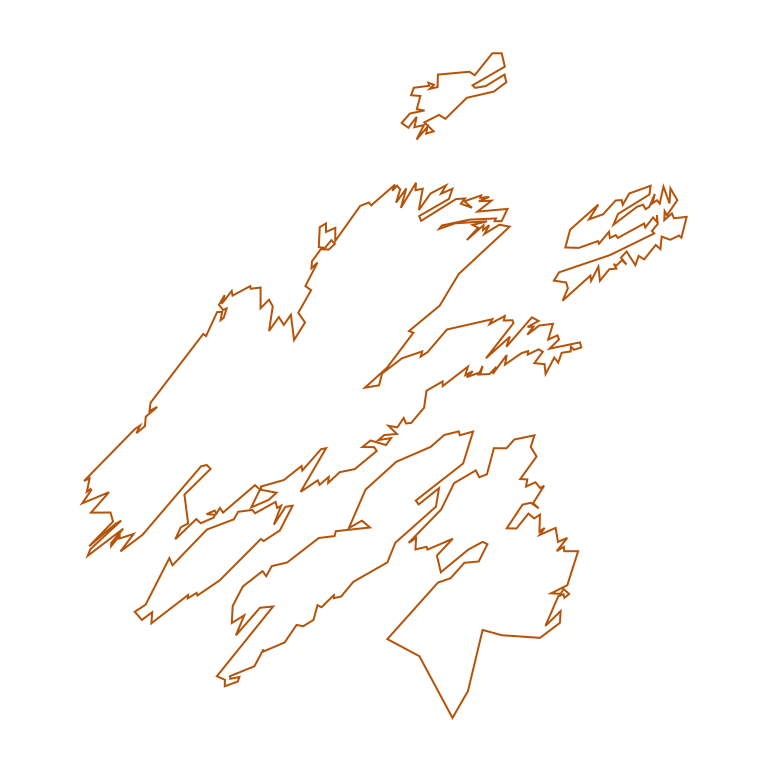 Austrheim nor, Norway (Mercator projection), rotated 91°
{"feature_id": "86288312B90213483192723", "entity_name": "Austrheim nor", "entity_type": "district", "adm_level": 2, "iso_a3": "NOR", "parent_name": "Norway", "parent_adm1": "", "projection": "mercator", "projection_center": [4.933, 60.784], "detail": "fine", "context": "isolated", "style": "outline", "palette": "amber", "viewbox_px": 768, "rotation_deg": 91, "n_neighbors": 0, "source": "geoboundaries", "source_scale": "gbopen_adm2", "svg_char_len": 6129}
<svg xmlns="http://www.w3.org/2000/svg" viewBox="0 0 768 768"><g transform="rotate(91 384 384)"><path d="M346.5,194.8L344.0,187.4L339.0,188.8L345.8,219.1L336.4,209.8L332.4,211.4L336.7,220.6L320.9,216.1L322.8,229.8L332.2,241.6L324.0,235.6L324.4,241.5L318.3,230.5L314.8,237.3L344.7,262.3L334.5,258.9L356.5,282.5L320.9,255.6L318.0,256.7L318.5,265.3L313.9,264.4L322.3,279.5L317.3,276.8L328.4,322.0L351.4,341.0L355.9,347.8L350.8,346.4L358.0,366.5L373.5,386.1L385.4,388.9L388.0,403.0L367.8,381.4L332.2,355.5L330.6,359.9L304.7,329.7L272.7,311.2L224.5,261.1L222.7,271.4L232.2,286.2L223.4,281.6L228.3,287.6L223.5,287.3L238.6,303.7L226.2,292.6L223.4,298.2L219.5,283.7L222.1,315.8L228.0,331.6L224.5,328.9L218.2,301.6L216.5,275.0L219.3,276.2L219.1,269.2L206.8,263.6L210.0,293.5L198.8,279.7L199.6,292.3L195.1,282.1L196.2,290.9L193.8,290.2L199.9,306.8L206.3,299.1L202.4,310.3L197.1,306.3L197.8,315.2L220.2,349.7L215.5,351.8L197.8,322.3L187.6,319.0L192.7,330.3L184.3,325.4L192.7,340.8L209.5,352.2L188.1,348.7L189.7,355.9L182.2,355.5L207.6,370.2L188.1,365.1L202.5,375.1L189.1,371.2L185.5,374.4L190.7,379.1L184.5,376.5L205.6,399.9L202.8,402.2L206.3,410.9L241.8,435.2L228.7,435.4L233.0,444.7L224.5,444.8L228.3,451.0L248.3,451.6L249.0,445.5L241.1,439.1L244.8,435.6L250.5,441.5L250.4,449.6L262.7,458.2L269.5,458.5L263.7,452.6L287.4,464.3L291.5,458.5L314.3,471.0L323.8,464.0L341.6,474.7L316.4,478.3L326.6,485.2L318.9,490.3L333.0,499.9L308.3,496.6L301.7,500.4L310.4,508.7L289.7,509.1L291.1,518.9L288.5,519.5L298.3,537.0L293.6,537.9L306.7,547.7L297.8,544.8L307.7,550.4L312.8,546.2L311.2,542.7L320.6,545.4L323.1,548.5L314.7,547.1L315.0,552.1L339.2,562.8L337.1,565.6L406.8,617.1L415.1,618.0L410.9,610.3L420.8,621.6L430.3,622.3L437.5,630.7L429.8,627.2L433.4,632.3L486.2,682.2L483.4,676.7L496.9,679.2L494.1,675.7L495.1,674.8L508.6,683.7L497.0,657.1L517.7,674.7L517.3,655.2L526.3,652.5L551.4,676.0L528.6,650.2L525.2,644.4L554.3,674.7L561.0,677.3L533.2,642.2L547.8,654.0L550.9,654.0L540.4,645.7L543.1,645.8L538.3,631.7L556.0,644.6L539.1,622.9L469.5,565.5L468.1,559.8L471.9,555.9L498.1,581.6L526.9,577.4L530.8,584.7L542.9,590.0L522.3,569.3L526.4,564.9L520.6,552.1L517.7,550.6L517.2,559.1L513.5,551.1L516.6,549.4L510.8,545.9L515.4,542.7L487.4,511.2L491.7,506.1L509.7,514.6L501.9,497.3L494.6,489.6L492.0,504.7L488.7,505.3L481.8,482.5L467.4,465.0L471.9,464.2L450.3,445.8L449.2,440.8L493.3,465.5L481.5,448.6L485.9,446.6L477.9,437.7L483.9,438.1L472.9,426.7L469.6,411.7L451.1,390.1L447.3,392.8L447.4,404.5L440.7,396.5L445.0,380.9L438.0,376.0L440.1,388.5L435.1,382.9L433.7,370.2L425.7,378.8L427.1,369.9L417.6,363.7L423.1,361.3L422.4,356.1L407.0,343.5L390.0,341.4L380.4,325.4L385.1,325.3L365.2,300.4L373.6,302.8L369.7,295.4L375.7,301.5L370.9,288.6L364.2,285.7L370.8,287.4L373.0,290.9L372.2,278.6L364.8,271.9L372.0,275.4L352.9,261.8L362.5,263.4L350.6,246.8L348.6,240.5L352.1,240.8L346.6,230.0L349.0,225.8L360.5,234.0L361.4,223.8L371.2,222.6L354.6,214.2L359.6,210.2L349.7,206.9L348.2,197.9L343.3,197.8L346.5,194.8ZM635.1,223.6L619.7,203.9L608.0,203.5L623.1,218.4L593.1,206.0L591.1,200.8L594.6,199.9L590.7,195.2L585.9,200.9L590.7,203.7L590.4,213.3L582.0,197.2L547.8,187.0L548.0,200.8L543.7,201.4L548.1,208.4L534.7,198.1L538.8,207.3L524.9,209.9L532.2,225.8L525.1,220.9L528.8,226.0L511.9,225.8L515.8,231.5L511.0,237.3L526.2,249.1L526.1,258.7L502.2,243.4L500.2,235.1L505.6,227.2L500.5,232.8L482.9,222.1L485.4,226.0L479.6,230.8L484.1,240.2L476.9,239.1L476.7,246.1L453.8,230.2L444.4,236.2L432.7,232.7L437.2,252.7L446.1,260.4L446.3,273.0L472.5,279.5L475.6,287.1L468.8,290.7L481.9,312.2L508.4,324.6L542.4,356.6L537.4,349.2L548.9,349.7L546.0,338.6L548.8,337.6L537.5,312.5L554.6,328.1L571.2,323.9L548.0,296.7L540.1,282.6L542.4,277.8L559.8,286.2L561.4,300.6L577.0,314.0L581.6,326.6L639.0,376.2L655.6,343.8L716.7,309.7L689.5,294.7L628.2,281.1L633.1,262.0L635.1,223.6ZM462.1,303.5L430.0,294.1L433.9,307.3L430.1,308.4L433.9,322.8L446.1,336.3L461.5,370.3L489.9,400.6L528.6,416.6L521.0,403.7L527.7,395.5L532.0,429.6L536.9,430.8L539.1,446.5L564.2,477.8L568.0,493.0L578.2,498.4L573.2,502.2L588.9,521.6L608.5,531.4L625.6,532.0L617.7,519.7L637.9,527.7L609.9,504.1L608.4,491.0L679.1,546.0L682.5,537.9L689.0,537.9L684.0,525.0L679.5,523.5L681.4,532.6L678.8,532.8L668.4,508.6L651.4,499.9L653.7,500.2L644.1,478.8L626.4,467.2L627.6,460.5L621.1,450.4L606.3,446.6L608.3,442.6L596.0,430.5L599.0,430.3L597.2,423.1L582.3,411.2L562.3,377.5L542.5,369.9L505.7,329.9L487.2,327.2L503.8,347.2L500.0,350.2L462.1,303.5ZM507.3,473.3L508.5,480.3L526.6,491.7L507.5,484.8L509.8,488.6L503.8,490.4L515.5,510.6L512.2,513.4L514.3,527.6L521.9,531.7L532.6,558.5L568.9,592.3L561.9,595.6L608.8,618.5L616.1,629.2L624.1,622.0L616.2,611.8L627.3,612.4L598.4,576.2L601.7,576.4L596.1,567.7L598.7,566.8L583.2,544.9L541.1,504.4L543.1,501.6L532.3,485.6L507.3,473.3ZM211.6,84.3L213.2,97.0L208.4,99.1L215.3,106.6L206.3,106.4L210.3,104.0L195.1,93.9L183.4,101.0L198.5,101.7L181.8,108.0L198.9,111.5L195.5,114.2L198.6,118.6L189.2,116.6L202.3,121.8L204.6,125.6L200.2,128.0L202.3,133.9L220.7,157.3L209.9,153.0L189.9,121.9L181.2,120.9L189.2,142.1L200.7,148.4L196.0,149.5L196.4,155.5L210.5,167.9L215.8,181.9L200.8,172.8L226.5,200.6L244.3,205.1L244.5,191.5L237.4,172.6L240.0,171.5L227.9,161.7L234.1,160.7L231.1,154.9L233.9,152.8L219.0,126.7L222.9,125.5L212.8,117.8L217.4,113.8L210.3,114.1L219.2,113.1L226.3,118.8L228.8,116.5L251.2,160.4L269.3,210.9L277.7,215.9L279.3,203.7L285.0,201.8L297.6,206.9L272.0,179.5L277.2,178.7L262.9,171.7L277.0,169.9L265.3,160.7L264.6,153.7L259.7,156.3L262.1,154.3L256.0,148.2L260.3,143.6L253.5,149.3L247.3,143.7L260.8,134.8L251.5,131.6L254.9,126.1L240.2,114.7L244.3,110.0L231.8,108.9L234.8,100.3L230.4,91.6L232.5,89.2L211.6,84.3ZM64.6,268.7L51.3,272.1L51.4,281.4L73.7,298.7L70.3,304.1L73.7,335.5L86.2,335.6L88.1,343.4L84.0,339.3L82.0,344.9L85.0,343.9L87.3,359.3L94.8,362.0L95.4,352.7L108.7,356.0L109.8,348.2L113.1,362.8L122.7,370.9L127.4,364.1L116.3,356.0L126.7,358.1L124.4,348.6L139.0,355.7L126.3,345.2L132.9,346.2L130.5,338.8L121.7,348.2L114.0,333.7L117.8,327.2L96.4,306.2L89.7,279.3L80.2,267.0L72.5,268.9L84.4,287.6L86.3,298.1L83.8,300.7L64.6,268.7Z" fill="none" stroke="#b45309" stroke-width="2"/></g></svg>